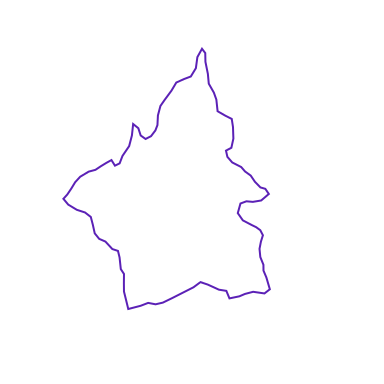 the district of Elisiário, São Paulo, Brazil, rotated 26°
{"feature_id": "56859067B94900392245754", "entity_name": "Elisiário", "entity_type": "district", "adm_level": 2, "iso_a3": "BRA", "parent_name": "Brazil", "parent_adm1": "São Paulo", "projection": "robinson", "projection_center": [-49.092, -21.153], "detail": "fine", "context": "isolated", "style": "outline", "palette": "violet", "viewbox_px": 384, "rotation_deg": 26, "n_neighbors": 0, "source": "geoboundaries", "source_scale": "gbopen_adm2", "svg_char_len": 1404}
<svg xmlns="http://www.w3.org/2000/svg" viewBox="0 0 384 384"><g transform="rotate(26 192 192)"><path d="M261.9,160.1L256.5,157.0L251.5,157.9L244.0,155.2L237.6,151.5L230.7,150.3L225.3,148.0L215.2,147.8L208.4,144.9L204.4,139.9L208.0,135.0L205.8,125.9L200.4,115.7L195.7,108.9L188.6,108.8L179.6,108.2L173.4,98.3L168.1,93.1L159.6,87.3L154.5,78.9L147.0,69.1L143.0,61.3L138.2,58.9L137.7,68.4L141.2,79.0L140.3,88.7L135.3,94.0L129.9,100.5L129.1,110.0L127.0,121.4L125.9,128.5L127.8,138.1L131.6,147.0L132.1,152.7L130.7,159.8L127.0,164.7L121.1,163.7L115.8,158.2L109.3,156.7L113.2,167.5L115.4,178.3L113.7,190.0L114.4,198.0L111.2,202.1L105.6,198.6L102.3,203.3L98.9,208.6L95.5,214.4L90.2,219.0L84.8,227.3L82.7,234.4L82.0,241.9L81.0,249.0L79.4,254.5L86.3,257.6L96.3,258.5L104.8,257.3L112.0,258.8L117.3,265.0L122.7,271.8L129.1,274.8L135.9,274.5L145.4,278.2L151.3,277.4L155.6,282.6L161.8,292.5L166.8,295.5L170.8,303.9L174.5,311.3L180.1,318.0L186.0,325.1L195.7,316.8L201.2,310.9L208.5,308.9L214.3,304.2L220.8,295.9L235.1,277.0L239.1,269.3L246.7,268.3L253.9,268.1L259.0,268.0L266.2,265.8L272.3,271.2L280.3,265.0L284.3,260.4L290.7,254.9L301.6,251.4L304.6,245.3L296.3,236.2L290.7,231.3L288.1,226.1L281.9,220.5L277.6,213.5L275.7,206.4L274.7,199.8L270.1,196.4L265.1,195.5L259.8,195.5L250.1,195.2L242.4,190.9L240.6,181.1L245.0,176.5L251.0,174.2L257.9,169.3L261.9,160.1Z" fill="none" stroke="#5b21b6" stroke-width="2"/></g></svg>